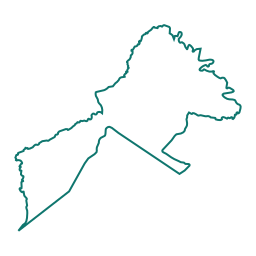 Santa Fe, Ocotepeque, Honduras
{"feature_id": "27666195B70826657437169", "entity_name": "Santa Fe", "entity_type": "district", "adm_level": 2, "iso_a3": "HND", "parent_name": "Honduras", "parent_adm1": "Ocotepeque", "projection": "albers", "projection_center": [-89.282, 14.484], "detail": "fine", "context": "isolated", "style": "outline", "palette": "teal", "viewbox_px": 256, "rotation_deg": 0, "n_neighbors": 0, "source": "geoboundaries", "source_scale": "gbopen_adm2", "svg_char_len": 5740}
<svg xmlns="http://www.w3.org/2000/svg" viewBox="0 0 256 256"><path d="M189.5,165.6L189.6,164.9L189.3,164.4L189.0,164.2L188.2,164.0L185.4,163.9L183.9,162.6L180.8,162.2L178.7,161.1L174.3,159.1L171.2,157.3L166.2,153.8L163.3,152.3L162.5,151.6L162.3,150.7L162.4,150.3L162.8,149.7L171.6,140.3L174.7,135.9L176.4,134.3L180.9,133.5L183.3,132.3L184.4,131.1L184.7,130.6L185.0,129.0L186.6,126.3L187.0,125.1L187.1,123.1L186.5,119.2L187.1,117.5L187.2,115.4L189.0,112.5L191.5,113.9L192.0,113.9L192.9,113.1L194.1,113.3L195.8,114.1L197.6,115.3L198.3,115.6L200.7,115.2L205.0,116.2L206.1,116.3L207.6,116.1L208.7,116.2L209.9,116.7L210.6,117.4L215.1,117.9L215.4,118.2L215.5,119.0L215.8,119.4L217.8,119.9L220.2,120.1L221.3,119.8L221.9,119.3L221.7,118.4L221.8,117.9L222.4,117.3L223.2,117.1L224.7,117.5L227.0,118.6L227.3,118.5L227.6,118.0L228.0,117.7L228.4,117.7L229.3,118.1L229.9,118.1L231.1,117.3L231.7,117.2L232.3,117.6L232.4,118.7L233.0,119.0L233.7,118.4L234.3,117.6L234.8,116.1L234.9,114.8L235.2,114.6L236.0,114.7L236.5,114.3L236.6,113.8L236.5,113.1L236.7,112.6L237.4,112.4L238.0,113.1L238.4,113.3L238.8,113.1L239.4,112.4L240.4,108.7L240.6,107.1L240.6,106.3L240.2,105.5L239.6,104.8L237.8,104.1L236.8,103.3L236.0,102.2L235.4,100.8L234.7,100.0L232.7,99.5L229.2,99.3L227.1,98.8L224.8,97.5L223.6,96.5L222.7,95.4L222.6,94.9L222.7,94.4L223.8,93.6L231.5,92.4L233.2,91.7L233.7,91.1L233.4,90.3L232.7,89.7L229.6,87.8L228.4,87.7L227.1,88.4L226.5,88.1L226.4,87.6L227.2,82.7L225.9,80.2L224.5,78.2L223.8,77.8L222.5,77.7L221.8,77.8L220.8,78.3L220.4,78.3L219.3,77.9L217.5,76.8L215.0,75.0L213.6,73.5L213.4,72.7L214.0,71.7L213.9,71.4L213.7,71.2L213.0,71.2L211.6,71.6L209.4,71.6L206.6,70.7L204.8,69.7L204.1,69.4L203.6,69.6L202.9,70.4L202.2,70.7L200.7,70.6L199.8,70.2L199.6,69.5L199.9,68.8L201.3,67.4L202.9,66.2L204.5,65.4L205.8,65.0L206.6,65.4L207.4,66.4L207.9,66.6L208.4,66.5L208.9,66.0L209.1,64.9L209.5,64.3L210.2,63.9L211.4,63.8L212.1,63.5L213.1,62.6L213.5,61.5L213.4,60.9L212.8,60.2L212.1,59.9L211.0,59.7L209.3,59.7L205.8,60.4L202.3,60.8L200.1,60.6L199.1,60.3L198.6,59.3L198.8,57.6L200.6,48.7L196.8,49.1L194.8,50.2L193.8,51.5L193.0,51.7L192.7,51.4L192.6,51.1L193.1,49.7L192.9,48.4L191.2,46.2L190.0,45.2L189.3,44.9L188.8,45.2L188.2,46.3L187.8,47.4L187.4,48.8L187.2,49.1L186.9,49.1L185.4,47.0L184.4,44.3L183.8,43.5L182.1,42.3L181.4,42.3L180.5,42.7L179.9,42.6L179.5,42.2L179.0,41.3L178.7,40.0L178.8,38.9L180.6,36.9L181.4,35.5L181.7,34.6L181.6,33.1L181.2,32.5L180.6,32.1L179.5,32.0L178.9,32.4L177.5,36.2L175.9,35.9L174.8,36.0L174.5,36.2L174.4,36.5L174.5,37.7L174.0,39.2L172.5,35.3L171.0,34.1L169.7,33.4L170.0,28.5L169.7,27.5L169.1,26.9L164.4,25.2L163.4,25.3L162.0,26.6L160.8,26.0L158.8,26.3L157.7,27.1L157.7,27.9L157.5,28.1L154.7,27.6L154.1,27.0L153.7,27.0L152.7,27.8L151.2,29.7L148.1,31.9L147.6,33.2L147.2,33.4L146.6,32.8L146.0,32.9L145.7,33.2L145.4,34.1L144.0,34.5L142.0,36.3L141.9,36.6L141.9,37.6L141.6,38.8L141.0,40.7L140.5,41.3L139.6,40.9L139.0,41.5L139.0,42.3L139.6,43.2L139.3,44.0L139.0,44.3L137.9,44.3L137.6,44.7L137.4,45.5L136.8,46.0L135.8,46.4L134.7,46.6L133.0,49.6L132.7,49.9L131.8,49.8L131.5,50.1L131.5,50.8L132.3,51.2L132.6,51.7L132.5,53.4L132.0,54.4L130.8,55.4L130.7,57.2L129.9,58.9L129.4,59.5L127.9,60.7L127.0,61.8L127.0,62.2L127.6,62.9L127.5,64.5L128.2,65.8L127.9,67.1L128.1,67.4L128.6,67.6L128.7,67.9L128.5,68.3L127.8,69.0L127.4,69.8L127.2,70.6L127.5,71.4L127.5,71.8L127.2,71.9L126.6,71.6L126.1,71.7L126.0,72.1L126.4,72.8L126.3,73.2L125.0,74.0L124.2,75.1L124.1,75.7L124.7,76.4L124.7,76.8L121.3,77.3L120.2,77.8L119.5,78.5L118.7,80.1L117.1,81.9L115.3,83.3L112.9,86.3L108.6,87.0L107.2,88.4L105.4,89.6L104.0,90.2L96.7,91.9L95.8,92.3L95.6,93.9L95.9,95.9L97.7,99.2L98.3,102.1L99.0,103.2L100.9,105.3L101.9,107.6L102.3,110.0L102.1,113.2L100.8,112.2L99.2,111.9L98.1,112.1L97.4,112.4L96.6,114.0L95.9,114.5L95.0,114.4L93.8,113.6L92.9,113.7L92.2,114.3L91.6,115.1L91.5,115.6L91.8,116.9L91.7,117.8L91.4,118.7L90.8,119.3L89.9,119.5L89.1,118.9L88.5,118.8L87.9,119.3L87.5,120.6L86.8,121.1L85.9,121.1L84.3,120.6L82.3,121.1L80.7,120.8L80.2,121.1L79.8,122.0L79.3,122.4L78.8,122.5L78.0,122.2L77.5,122.2L77.1,122.6L76.6,123.4L75.4,123.9L74.7,125.2L72.9,126.5L71.4,128.0L68.3,129.9L67.8,129.9L67.5,129.3L67.1,129.1L65.8,129.1L59.3,131.4L58.1,132.6L58.0,133.8L57.7,134.2L57.3,134.5L56.2,134.6L55.7,134.9L55.2,135.5L54.9,136.6L54.5,137.1L49.9,139.6L48.5,140.7L47.9,140.8L46.8,140.5L42.3,141.2L39.2,143.2L39.0,144.0L38.4,144.6L37.3,144.9L36.1,144.6L35.3,144.8L34.1,145.7L32.7,147.3L29.8,148.6L28.2,148.9L27.8,148.8L27.5,148.1L26.4,148.3L25.8,147.8L25.5,147.8L25.0,148.9L23.7,149.9L23.5,151.0L18.3,152.9L18.0,153.3L18.1,154.1L17.9,154.6L17.5,154.9L16.6,154.9L16.3,155.1L15.4,157.7L16.2,158.8L16.2,159.2L15.9,159.8L15.9,160.1L16.7,160.5L17.8,160.1L18.7,160.1L20.5,160.6L21.4,161.5L22.1,162.9L22.0,163.5L21.0,164.0L19.5,166.3L19.7,166.7L20.2,166.4L20.5,166.4L20.7,166.9L20.6,167.4L19.8,168.3L19.6,169.7L20.0,170.5L20.4,170.6L21.0,170.5L21.4,170.8L21.0,173.5L21.0,174.5L22.0,175.6L23.3,176.2L23.5,176.9L23.0,178.4L22.0,179.8L22.2,180.3L23.0,180.6L23.1,181.1L22.7,181.4L21.9,181.4L21.4,182.4L21.6,186.4L21.5,188.2L21.1,188.5L20.3,188.2L20.0,188.2L19.7,188.5L19.6,189.1L20.3,190.6L21.5,191.9L22.3,192.2L23.1,191.6L23.6,191.7L24.3,195.7L26.7,198.5L26.8,199.1L26.4,200.0L26.3,200.7L27.1,205.4L27.0,205.8L26.5,206.5L26.3,207.2L26.5,208.6L27.2,210.6L27.3,213.1L27.0,217.9L26.3,221.3L25.2,223.3L23.0,224.9L18.4,230.8L69.1,191.4L84.7,163.4L88.3,158.4L94.5,154.2L96.5,152.2L96.8,150.7L96.7,149.0L96.9,147.3L98.8,142.9L98.9,141.3L99.3,139.8L100.0,138.7L100.9,137.8L104.4,136.0L105.0,135.5L105.3,134.7L105.5,133.4L105.7,130.0L105.9,128.9L106.7,127.9L107.9,127.1L108.8,126.9L109.7,126.9L111.9,127.9L118.4,132.9L179.5,173.9L184.7,170.5L189.5,165.6Z" fill="none" stroke="#0f766e" stroke-width="2"/></svg>